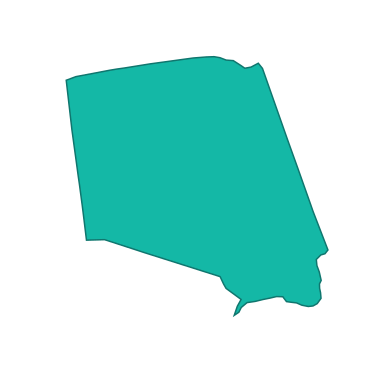 outline of Teotônio Vilela, Alagoas, Brazil, rotated 254°
{"feature_id": "56859067B15562417941436", "entity_name": "Teotônio Vilela", "entity_type": "district", "adm_level": 2, "iso_a3": "BRA", "parent_name": "Brazil", "parent_adm1": "Alagoas", "projection": "albers", "projection_center": [-36.399, -9.958], "detail": "fine", "context": "isolated", "style": "filled", "palette": "teal", "viewbox_px": 384, "rotation_deg": 254, "n_neighbors": 0, "source": "geoboundaries", "source_scale": "gbopen_adm2", "svg_char_len": 922}
<svg xmlns="http://www.w3.org/2000/svg" viewBox="0 0 384 384"><g transform="rotate(254 192 192)"><path d="M284.8,93.7L251.5,88.9L238.5,87.0L231.1,86.0L225.7,85.2L208.8,82.7L196.7,80.8L174.8,77.3L170.3,94.8L150.4,124.3L147.6,128.4L102.9,195.7L94.8,197.0L89.9,198.2L75.2,209.6L69.7,204.1L61.8,198.6L63.5,203.9L67.4,207.5L70.5,214.4L69.4,222.7L69.1,230.6L68.5,238.0L68.2,244.4L66.3,250.4L60.6,252.6L58.3,257.8L56.6,261.9L52.9,266.4L49.9,272.2L49.1,276.9L50.2,281.6L54.2,286.7L59.7,287.8L64.2,288.1L68.5,289.2L71.4,291.8L80.1,292.3L86.9,291.8L92.9,292.9L96.0,298.5L96.0,302.8L98.8,306.7L140.2,303.0L147.4,302.6L185.0,300.3L215.3,298.3L291.4,293.8L297.5,291.2L295.8,283.2L296.4,276.9L300.3,273.7L306.9,267.9L309.4,261.2L313.4,255.9L316.0,250.5L317.9,242.8L320.5,230.0L324.1,205.0L326.7,187.1L329.8,161.4L330.9,153.6L331.7,146.7L334.9,112.2L334.1,101.9L284.8,93.7Z" fill="#14b8a6" stroke="#0f766e" stroke-width="1.5"/></g></svg>